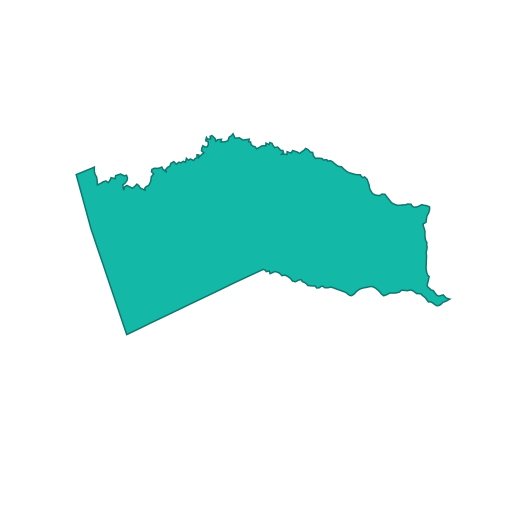 the district of Mirante da Serra, Rondônia, Brazil, rotated 200°
{"feature_id": "56859067B54774050991451", "entity_name": "Mirante da Serra", "entity_type": "district", "adm_level": 2, "iso_a3": "BRA", "parent_name": "Brazil", "parent_adm1": "Rondônia", "projection": "natural_earth1", "projection_center": [-62.897, -11.045], "detail": "fine", "context": "isolated", "style": "filled", "palette": "teal", "viewbox_px": 512, "rotation_deg": 200, "n_neighbors": 0, "source": "geoboundaries", "source_scale": "gbopen_adm2", "svg_char_len": 3862}
<svg xmlns="http://www.w3.org/2000/svg" viewBox="0 0 512 512"><g transform="rotate(200 256 256)"><path d="M92.2,275.6L88.2,276.9L86.5,276.0L82.6,274.7L80.2,273.1L78.4,271.8L76.4,272.6L74.1,272.4L71.6,271.6L69.0,271.1L67.1,272.1L65.8,273.6L64.5,276.4L61.4,279.1L59.2,281.8L62.8,281.5L66.8,283.5L70.3,280.9L72.6,280.9L74.6,282.1L77.7,284.2L79.6,283.9L82.1,285.0L83.9,285.5L85.2,287.1L85.5,289.5L85.7,291.9L86.3,296.0L88.1,296.6L89.7,298.5L92.0,302.5L93.5,307.4L94.8,311.4L95.7,314.3L97.3,317.3L97.7,320.5L98.2,322.8L99.4,324.8L100.1,327.2L101.8,328.5L103.9,332.0L105.7,337.0L107.4,339.5L108.8,341.1L110.0,343.3L107.8,345.7L108.3,348.3L109.1,351.8L108.5,355.9L108.8,359.3L109.7,361.5L113.0,361.7L115.4,361.1L117.7,361.0L121.0,357.5L124.2,355.8L126.2,356.3L128.1,357.7L131.5,356.6L133.0,355.2L135.2,354.4L138.1,352.9L140.1,352.1L143.0,351.9L145.0,352.1L147.1,352.5L150.5,354.7L153.5,356.4L155.9,358.1L158.9,357.2L160.2,355.2L163.4,354.3L165.3,354.1L168.0,354.6L171.3,357.2L172.6,358.8L173.9,361.3L175.7,363.5L177.9,366.1L181.0,367.5L182.2,366.1L184.2,366.8L185.7,368.0L189.7,366.7L193.3,366.4L197.3,366.1L199.9,366.5L203.6,367.9L206.1,369.1L209.6,368.4L214.0,369.7L216.5,370.8L219.1,371.0L220.8,369.7L222.4,370.7L225.5,369.3L227.2,370.2L229.7,369.6L231.8,369.0L233.4,368.0L235.7,369.3L237.1,370.9L238.2,372.7L240.4,372.2L243.6,373.8L246.1,374.1L247.2,371.5L248.6,369.7L250.1,367.3L252.8,367.8L257.6,367.7L258.2,364.7L260.3,364.6L262.4,364.7L261.6,362.0L264.3,361.5L266.7,360.3L265.6,362.9L266.9,364.4L268.9,363.6L271.1,364.9L273.0,365.8L275.6,364.2L278.0,365.8L279.5,367.3L281.8,367.4L281.9,365.1L285.2,365.5L284.5,362.8L286.6,362.2L288.4,361.3L289.7,359.5L292.0,356.9L294.3,358.4L296.6,358.2L298.8,359.1L300.1,361.3L302.0,360.8L302.3,363.5L307.8,360.5L312.3,361.4L314.1,360.3L316.2,359.7L319.4,363.0L320.2,360.7L321.9,358.4L321.8,354.8L324.1,352.7L328.1,351.2L328.3,353.9L331.9,352.1L332.9,350.1L334.8,352.5L338.7,354.1L340.0,352.7L338.7,350.6L341.5,349.2L343.1,350.5L342.7,347.1L340.0,347.0L338.8,344.1L339.6,341.4L341.7,341.0L343.6,341.5L343.8,338.7L343.2,336.2L340.3,335.2L342.1,332.1L343.5,329.1L344.3,331.4L346.1,331.0L345.1,328.2L346.7,326.5L347.3,324.3L350.8,324.8L352.3,322.9L354.8,324.0L354.4,319.9L356.7,320.1L358.4,317.9L360.5,317.8L362.4,315.0L365.5,316.6L367.7,314.0L367.6,311.1L369.4,309.1L370.6,305.9L368.6,304.0L373.0,305.6L374.9,307.4L376.6,305.8L378.8,304.5L381.4,303.8L383.4,301.8L383.1,299.5L380.2,298.1L381.5,294.7L380.9,292.3L380.5,289.4L380.9,285.8L382.9,283.6L383.7,281.7L382.7,279.9L388.1,280.3L390.3,282.1L392.5,282.8L393.7,279.9L395.2,277.5L398.5,277.8L401.4,278.2L403.0,276.3L402.9,272.5L404.2,274.8L405.5,277.4L404.1,279.2L403.0,283.0L403.4,285.3L405.3,287.6L407.1,286.3L411.3,286.7L415.4,283.5L414.8,280.4L419.0,280.1L419.1,277.5L419.9,274.4L422.7,275.2L425.2,273.3L426.5,271.4L429.3,268.6L430.3,270.6L431.2,272.9L432.9,275.8L435.0,277.5L436.5,279.7L437.4,281.5L438.3,284.3L439.6,283.0L452.8,271.0L420.0,224.6L417.0,220.9L412.0,214.6L404.3,205.0L397.1,196.1L350.6,137.9L336.2,152.7L332.4,156.7L314.6,174.8L300.8,189.0L298.5,191.3L281.5,208.6L266.4,224.2L244.6,245.9L242.6,245.9L241.1,244.8L238.5,246.4L236.7,244.2L232.9,247.9L229.6,248.1L227.6,247.7L224.9,246.4L222.4,247.9L219.4,247.7L215.9,246.7L213.1,244.9L210.1,245.3L207.8,247.9L205.5,249.2L203.8,247.8L201.4,247.7L199.1,247.2L197.3,246.0L194.3,246.7L190.2,248.0L187.9,246.7L185.7,247.8L184.2,249.9L182.5,250.4L180.6,249.7L177.7,250.7L174.8,252.5L165.4,252.5L162.0,252.5L159.3,252.5L154.6,251.0L152.5,251.5L150.7,253.9L149.6,256.7L148.4,258.7L146.7,260.8L144.1,262.8L141.7,264.1L138.5,266.2L136.1,267.1L132.6,266.7L130.4,265.9L128.2,265.0L126.6,264.1L124.9,263.1L122.4,262.3L120.4,263.9L117.5,267.0L113.5,268.4L111.2,269.5L108.9,271.2L107.6,273.6L104.2,274.6L101.9,275.1L100.1,276.4L98.3,277.1L95.7,276.8L92.2,275.6Z" fill="#14b8a6" stroke="#0f766e" stroke-width="1.5"/></g></svg>